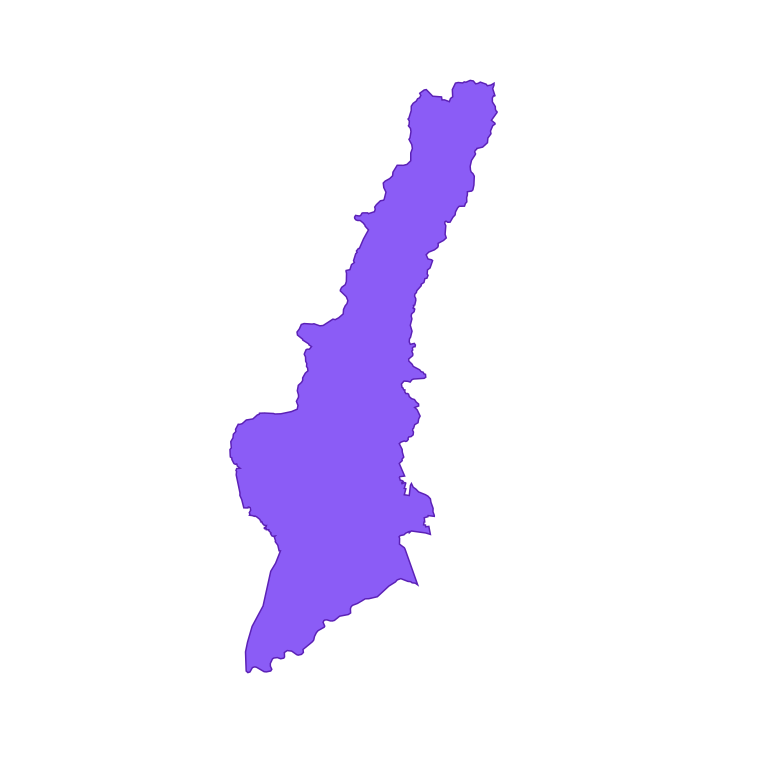 the district of Borlesti, Neamt, Romania, rotated 115°
{"feature_id": "2599482B55744417226564", "entity_name": "Borlesti", "entity_type": "district", "adm_level": 2, "iso_a3": "ROU", "parent_name": "Romania", "parent_adm1": "Neamt", "projection": "orthographic", "projection_center": [26.427, 46.78], "detail": "fine", "context": "isolated", "style": "filled", "palette": "violet", "viewbox_px": 768, "rotation_deg": 115, "n_neighbors": 0, "source": "geoboundaries", "source_scale": "gbopen_adm2", "svg_char_len": 6139}
<svg xmlns="http://www.w3.org/2000/svg" viewBox="0 0 768 768"><g transform="rotate(115 384 384)"><path d="M482.1,499.1L487.8,499.4L489.7,498.2L493.2,499.3L496.7,498.1L501.0,498.5L506.4,495.4L508.5,495.9L513.9,493.1L515.1,492.4L515.3,490.7L516.8,489.9L519.5,486.4L519.6,484.8L518.7,483.7L520.3,482.3L521.2,478.8L522.9,481.8L525.0,481.6L525.5,480.7L528.9,479.5L543.6,468.5L545.9,467.5L548.9,464.1L555.5,458.7L553.8,454.9L553.1,455.1L552.6,454.5L552.6,453.0L554.7,451.5L557.6,451.7L558.7,450.5L559.8,450.5L558.9,447.7L558.7,445.5L558.2,445.2L558.2,443.3L559.2,439.3L560.3,438.1L560.4,437.2L561.0,437.1L560.7,436.1L561.7,435.3L562.6,433.1L562.3,432.2L562.7,431.2L562.1,430.7L563.3,430.4L564.5,431.0L564.6,431.7L565.4,431.5L565.6,430.7L565.0,429.6L565.8,429.1L564.8,426.9L565.5,426.7L566.8,423.4L567.5,423.6L569.0,421.5L568.9,420.0L567.8,418.4L569.0,418.8L571.9,416.1L572.9,415.9L575.0,412.1L579.5,408.6L579.0,407.3L592.2,406.5L601.6,407.5L636.3,399.8L659.4,401.1L675.6,398.6L685.3,396.3L702.4,387.6L703.1,385.4L701.6,383.8L696.6,383.4L694.9,381.5L694.6,379.6L695.4,371.1L694.6,368.9L692.0,365.4L690.0,365.1L687.8,367.7L685.4,368.9L680.2,368.9L678.8,367.9L677.0,365.0L676.7,361.5L674.8,359.0L673.4,358.8L669.5,360.8L666.5,359.1L665.1,354.8L666.2,348.7L666.0,347.2L663.9,344.5L661.4,343.6L658.8,345.2L647.7,339.9L645.7,339.5L642.1,340.3L638.0,340.2L635.4,339.5L629.6,335.4L628.5,335.4L625.7,338.5L623.9,338.5L623.0,338.0L621.9,336.1L621.4,332.5L620.6,330.7L619.2,329.0L613.2,326.1L608.0,318.9L605.6,317.5L602.0,319.4L600.2,319.7L598.0,319.1L594.1,315.3L586.6,310.2L585.0,307.0L579.6,300.1L565.1,294.2L558.6,290.0L555.9,289.2L553.3,286.5L552.8,278.9L551.9,276.3L552.3,274.5L551.3,271.5L551.8,268.6L524.7,295.2L523.8,296.4L522.6,302.3L517.3,304.6L516.1,305.8L514.5,305.2L512.3,302.2L509.9,301.2L507.2,298.9L508.2,298.2L505.7,297.2L501.4,283.3L500.7,278.4L494.1,283.2L495.8,285.9L494.3,286.8L494.9,288.6L492.2,289.4L491.8,288.8L488.2,291.0L485.7,288.1L484.6,288.4L482.7,282.5L481.8,282.9L479.1,285.6L475.9,287.0L471.3,291.5L468.5,293.4L467.1,296.7L466.8,299.7L467.2,307.1L465.8,310.6L465.2,313.9L462.6,317.1L464.7,317.2L474.4,314.0L475.8,318.8L469.7,319.9L470.1,321.5L464.6,322.4L464.5,323.1L465.2,324.2L466.7,325.5L466.1,326.2L464.1,325.4L463.9,327.2L464.5,328.4L462.3,330.5L461.3,330.5L458.7,326.4L449.6,336.6L445.8,335.1L444.5,335.9L441.9,335.2L438.0,338.6L435.6,339.9L431.6,345.0L429.3,343.9L427.1,341.6L426.9,340.0L426.0,339.1L424.1,338.6L422.9,339.3L421.4,339.1L420.3,337.3L417.8,336.1L415.1,337.0L413.9,338.5L412.4,338.9L411.5,338.5L407.9,339.0L404.7,336.8L401.0,337.8L397.8,337.7L393.3,343.1L392.3,346.3L389.3,343.3L387.5,344.2L386.8,347.1L385.2,349.8L385.7,353.3L385.1,354.0L384.9,355.6L382.8,357.5L382.7,358.8L383.4,360.1L382.5,361.7L380.5,362.6L381.0,363.7L379.5,365.3L379.4,366.3L376.6,368.2L372.9,367.1L371.5,363.5L371.2,361.1L368.3,360.5L367.0,359.3L361.9,350.0L360.2,349.0L357.7,350.5L357.9,352.2L356.8,353.4L357.1,355.6L356.1,357.6L355.7,364.9L354.2,366.9L352.7,371.2L350.9,372.2L346.2,370.0L344.6,370.5L342.5,372.7L341.1,372.3L339.4,373.5L337.9,373.0L337.1,371.6L335.4,372.0L334.4,373.7L336.9,376.9L335.2,378.9L332.3,380.0L330.5,379.7L324.3,380.9L319.7,385.0L313.2,386.2L310.9,388.1L308.7,388.6L305.8,387.3L303.2,387.8L302.8,388.2L303.2,389.2L302.8,389.8L301.3,389.7L300.3,390.5L299.4,389.5L294.8,390.5L293.1,391.4L291.5,393.4L289.5,394.0L287.5,393.3L285.6,393.7L279.2,391.8L278.0,392.5L275.1,390.7L271.2,391.5L270.0,389.8L266.9,390.0L266.0,391.4L262.2,392.8L259.4,391.3L251.6,392.1L251.3,393.4L252.1,396.9L249.1,400.4L245.6,399.2L241.1,395.0L237.5,393.1L235.9,393.2L233.7,394.4L228.7,390.7L225.3,389.3L222.5,391.9L214.4,394.9L212.8,396.8L211.3,397.3L210.2,396.6L210.5,394.6L209.4,392.5L203.8,392.0L200.7,391.0L197.9,391.9L193.3,391.7L191.2,391.0L188.8,386.2L186.0,386.5L184.0,385.9L180.1,387.9L177.5,388.3L174.5,389.7L172.1,386.1L170.5,385.5L165.7,386.6L157.5,390.0L155.8,392.2L155.0,394.6L153.6,396.0L150.3,397.9L144.3,399.2L137.4,398.2L136.6,398.4L135.4,399.9L133.3,400.0L132.4,399.2L131.3,399.4L127.6,394.7L121.6,392.2L117.2,393.8L112.0,392.8L109.7,394.4L103.9,394.6L101.5,393.2L100.8,393.6L99.6,398.1L90.1,396.3L89.3,396.8L89.2,397.7L88.0,399.1L85.5,400.4L82.5,405.0L78.9,406.7L76.4,406.5L76.2,405.4L75.8,405.3L70.4,410.3L66.7,410.6L64.9,411.4L67.8,413.4L70.0,416.4L69.1,418.1L69.7,424.3L71.7,425.7L73.2,427.8L71.6,431.1L72.4,434.2L75.9,437.3L76.3,439.0L77.9,439.9L79.4,444.2L81.1,446.4L88.3,446.5L94.7,443.1L97.1,444.4L100.5,444.1L100.9,449.2L102.0,451.5L99.5,453.2L102.6,461.5L99.3,470.1L100.6,471.9L105.4,474.5L106.9,472.6L109.5,472.7L111.3,474.1L113.9,474.3L117.3,476.2L120.7,476.7L124.7,474.9L132.6,473.8L133.7,474.2L134.9,472.2L138.2,470.9L139.7,471.0L141.2,468.0L143.9,466.2L150.0,464.5L151.7,464.8L155.3,460.0L158.6,457.8L163.3,457.4L170.4,454.1L175.3,456.0L177.6,458.8L180.2,464.5L188.2,465.4L191.7,464.2L195.5,465.7L199.6,468.7L202.2,469.6L206.1,467.2L209.3,463.3L216.6,461.9L217.6,462.1L219.5,464.7L224.7,466.7L227.6,467.2L229.3,465.8L231.9,465.5L236.2,470.1L235.8,471.1L237.8,475.4L238.4,476.1L241.2,476.4L242.2,477.4L243.2,481.0L245.2,481.2L246.3,480.5L247.1,479.0L247.0,477.2L245.9,474.6L246.9,470.8L248.2,468.3L249.0,467.7L250.9,463.2L261.2,463.9L271.5,463.6L272.1,464.5L275.1,465.2L276.1,464.0L277.9,464.7L285.2,463.7L286.4,462.2L289.5,463.9L294.8,463.2L297.1,466.3L297.7,466.2L299.6,464.7L307.1,461.4L310.4,461.1L314.3,463.2L317.2,463.3L318.1,462.9L320.8,455.1L323.7,452.0L326.8,451.5L329.5,452.2L333.5,452.2L337.7,450.6L343.1,453.0L346.3,455.4L346.8,457.7L356.7,463.9L358.4,466.8L359.0,472.9L360.1,474.5L363.0,482.0L365.0,484.1L370.0,484.0L373.7,484.8L376.2,483.1L377.8,476.7L378.5,476.2L379.5,469.1L380.2,468.6L380.7,465.5L384.1,466.4L384.9,468.3L385.8,469.1L389.9,469.0L390.8,468.8L392.6,466.6L396.5,464.6L398.0,462.7L400.9,461.6L401.7,460.1L404.2,458.5L407.4,459.9L412.8,460.3L415.2,459.2L417.5,459.5L421.4,461.1L426.8,459.7L430.0,456.9L432.1,455.9L436.7,456.1L439.8,452.9L443.5,452.0L448.2,456.3L454.6,464.9L457.3,470.2L457.4,471.6L460.8,480.0L463.1,484.5L464.1,484.3L465.7,485.8L471.1,488.1L474.8,493.6L479.9,495.8L481.5,497.6L482.1,499.1Z" fill="#8b5cf6" stroke="#5b21b6" stroke-width="1.5"/></g></svg>